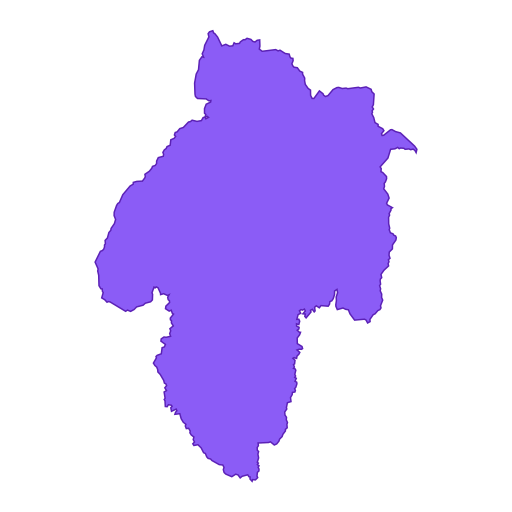 Cachoeira do Sul, Rio Grande do Sul, Brazil (Robinson projection)
{"feature_id": "56859067B94054862444649", "entity_name": "Cachoeira do Sul", "entity_type": "district", "adm_level": 2, "iso_a3": "BRA", "parent_name": "Brazil", "parent_adm1": "Rio Grande do Sul", "projection": "robinson", "projection_center": [-52.981, -30.236], "detail": "fine", "context": "isolated", "style": "filled", "palette": "violet", "viewbox_px": 512, "rotation_deg": 0, "n_neighbors": 0, "source": "geoboundaries", "source_scale": "gbopen_adm2", "svg_char_len": 6047}
<svg xmlns="http://www.w3.org/2000/svg" viewBox="0 0 512 512"><path d="M154.9,365.5L156.7,367.1L157.7,369.6L157.9,372.0L160.2,374.4L163.7,380.4L164.4,383.1L165.9,383.9L166.6,385.6L164.8,387.8L166.5,390.6L164.1,392.0L165.1,398.3L164.2,399.5L165.0,400.8L165.3,406.5L167.2,406.7L168.4,404.7L171.3,405.2L172.1,406.3L170.8,407.8L171.5,411.3L176.2,409.1L176.9,410.8L175.6,412.2L174.9,414.3L179.8,413.7L181.2,418.8L183.4,422.4L185.9,424.3L185.3,426.0L186.3,428.6L188.6,428.3L190.2,431.0L189.9,432.8L191.3,435.0L193.9,437.0L193.2,439.6L194.5,442.0L192.8,443.8L193.9,445.5L197.9,444.7L201.1,447.8L203.6,452.7L205.4,453.5L206.7,456.8L208.1,458.4L210.6,459.0L211.9,460.5L219.2,464.6L222.8,465.0L224.0,467.4L223.3,469.6L224.1,472.5L225.8,474.1L231.8,476.7L235.7,474.2L238.0,474.9L240.2,477.9L242.1,476.3L247.7,474.8L248.9,476.7L250.1,477.0L250.0,479.0L252.1,481.3L252.7,479.6L255.4,479.9L257.7,477.6L257.0,476.0L257.4,472.3L258.9,471.0L259.0,469.1L258.1,467.2L259.0,465.8L257.4,464.6L258.4,463.1L257.3,462.3L258.6,457.9L257.9,454.1L258.6,451.5L257.3,450.2L257.2,447.5L258.4,445.7L258.1,443.0L268.6,442.5L270.4,441.8L274.3,445.0L276.7,443.9L278.9,441.2L279.6,439.1L282.1,436.6L282.9,434.3L285.4,431.0L285.4,429.4L287.2,427.8L286.9,424.2L287.5,422.6L286.3,419.8L286.5,417.3L285.0,415.1L284.7,412.0L286.8,409.0L286.4,407.7L287.4,402.7L291.0,401.6L290.5,397.5L292.2,394.6L292.4,392.4L294.9,392.0L295.4,390.4L294.6,388.7L295.8,387.3L296.9,383.8L296.7,382.2L295.0,381.3L296.3,378.3L294.7,377.4L295.6,376.0L294.8,374.4L295.8,370.2L295.0,368.8L293.5,368.4L294.4,367.0L293.5,364.6L294.6,363.9L295.0,360.3L292.9,358.3L294.0,357.6L296.6,358.4L297.0,356.1L298.9,354.2L299.8,352.4L297.0,350.0L299.2,349.2L301.5,349.3L302.6,348.6L302.0,346.5L297.3,343.6L297.2,338.0L299.6,334.8L300.5,332.3L299.3,332.2L297.2,330.2L298.9,328.9L299.1,327.3L296.6,326.1L296.5,323.8L298.8,324.6L299.7,321.2L298.8,319.2L296.8,319.4L298.1,314.6L300.7,313.3L299.4,310.8L301.0,309.6L302.5,310.1L304.4,309.1L305.3,311.0L302.9,313.8L305.3,314.1L304.8,316.4L306.1,317.9L311.0,312.0L310.5,310.3L312.3,309.3L314.2,311.9L315.1,310.9L314.6,307.3L316.3,305.8L319.3,307.8L321.0,305.6L328.2,306.2L329.5,304.2L329.9,301.6L331.8,300.8L333.2,298.7L334.5,294.6L334.6,291.0L337.0,289.4L337.6,292.7L336.2,297.0L336.4,300.7L335.8,304.7L335.9,306.3L337.3,309.6L343.0,308.0L345.6,309.3L348.4,309.8L350.0,313.9L354.6,320.1L364.5,319.2L366.0,320.0L367.6,323.0L370.1,321.6L369.9,319.4L373.2,314.7L375.1,313.8L377.8,310.6L379.9,309.6L381.0,307.9L380.5,305.8L382.7,300.1L381.6,297.5L381.7,294.1L380.2,290.8L380.6,288.8L379.6,285.6L380.6,284.2L380.1,280.7L380.4,279.0L381.7,277.7L381.0,274.4L383.9,270.3L388.6,265.9L388.1,263.5L389.0,261.8L388.4,259.7L390.0,258.3L389.0,255.2L389.3,252.0L392.4,248.9L392.5,244.9L395.9,240.0L396.3,237.6L395.6,236.0L393.8,235.2L393.0,233.8L390.4,232.8L389.2,229.7L389.7,228.2L388.7,223.9L388.6,217.2L389.6,215.1L389.1,213.7L391.0,210.1L391.0,208.6L392.4,207.7L387.4,204.9L386.6,203.2L389.1,198.1L387.8,194.1L383.7,188.8L384.5,186.4L384.2,183.4L385.4,181.9L386.6,178.7L386.5,176.5L382.7,172.5L381.0,171.7L381.2,168.5L380.1,166.9L387.9,158.1L390.6,149.3L395.0,148.8L397.7,147.4L399.2,148.7L400.5,148.0L403.9,148.3L405.1,149.3L408.9,148.9L410.7,149.7L413.1,149.1L414.9,150.4L416.1,152.6L416.9,149.3L414.6,146.1L400.4,132.9L395.6,131.6L391.9,129.6L390.5,129.8L383.6,135.3L382.1,135.5L381.5,133.7L383.9,130.7L382.7,128.7L378.1,126.3L378.1,124.4L375.0,122.6L373.7,117.5L371.8,113.8L372.5,112.3L372.1,110.8L373.5,109.0L372.2,107.0L373.4,104.7L374.1,94.0L371.8,91.7L371.1,89.3L366.1,86.9L360.4,88.0L358.4,87.3L347.8,88.7L346.1,88.1L342.2,88.5L338.7,87.4L336.9,87.6L333.0,89.6L328.0,95.6L325.4,96.5L323.6,95.2L323.0,93.7L319.4,90.9L313.9,98.5L312.1,98.4L310.6,95.4L310.5,90.1L308.1,88.4L305.3,84.4L304.6,80.8L304.7,78.1L302.6,74.2L302.6,72.4L299.8,71.1L297.3,67.7L294.0,67.2L292.7,65.7L291.9,63.8L293.1,60.7L292.9,58.4L290.9,58.1L289.9,56.7L289.2,54.1L285.2,53.5L280.0,50.2L278.1,50.9L275.7,49.6L262.2,51.3L259.3,49.1L259.9,46.2L259.7,39.9L257.1,40.3L255.0,42.0L252.8,41.4L250.9,39.4L247.0,38.3L245.1,39.7L243.4,39.7L240.3,41.9L239.5,43.4L235.7,43.8L234.1,42.8L232.8,45.8L229.6,46.2L225.8,44.3L221.8,45.9L217.6,37.1L214.9,33.7L213.6,32.9L212.8,30.7L209.5,31.8L208.1,33.7L208.9,36.9L204.7,45.3L203.9,50.0L202.2,53.8L203.6,57.2L201.9,56.8L199.4,60.3L198.5,69.7L196.2,74.1L194.6,83.1L195.0,94.1L195.4,96.3L196.5,97.6L197.6,98.5L206.1,98.9L208.9,100.8L210.9,100.5L210.6,102.1L206.2,104.2L204.5,108.6L204.5,113.2L205.8,114.5L205.1,116.9L203.1,117.6L201.4,120.6L197.0,121.4L192.1,120.2L190.4,121.6L188.5,122.0L183.3,127.5L179.8,128.6L177.1,131.9L175.2,132.5L174.4,135.0L175.6,136.4L174.2,138.3L170.8,139.8L170.2,145.2L167.0,146.6L166.2,148.5L164.3,149.9L162.9,152.4L163.6,154.2L163.3,156.3L158.3,157.6L156.6,161.1L156.6,163.5L155.3,165.4L152.5,166.4L151.8,168.2L149.4,171.2L144.9,174.3L145.3,176.5L144.8,177.9L142.4,181.1L136.7,181.4L133.3,182.4L133.2,184.2L130.1,186.0L122.8,194.7L119.4,202.5L117.8,203.5L116.6,205.4L114.2,212.2L114.1,215.6L115.6,219.4L114.4,223.6L111.1,228.4L110.8,230.3L108.9,232.5L107.4,238.0L105.1,240.4L105.4,243.8L104.5,245.0L104.5,247.0L103.7,249.2L102.3,250.6L100.4,251.3L95.1,262.1L98.1,268.9L97.7,271.0L98.7,275.3L99.0,285.7L100.9,288.8L102.2,288.9L102.4,291.3L103.2,292.6L101.7,297.9L104.7,299.7L107.0,302.2L108.3,301.6L110.0,301.9L125.6,311.3L127.5,310.1L130.6,311.4L134.1,309.5L136.6,306.9L143.1,305.2L145.3,303.2L150.6,301.8L152.4,299.9L152.6,294.3L152.0,292.8L154.0,287.1L155.1,287.9L156.2,286.9L158.0,287.7L160.5,293.2L160.6,294.6L163.6,293.7L167.6,295.5L169.0,294.8L167.7,297.4L168.2,299.7L169.4,300.7L169.6,302.5L165.9,306.1L165.5,308.7L169.2,311.1L171.2,310.2L172.4,313.5L173.5,314.1L170.3,318.1L170.4,319.8L171.5,320.7L171.4,322.9L173.3,325.9L169.9,328.7L170.7,330.8L169.7,333.6L170.6,336.3L166.1,337.3L164.0,337.0L161.2,338.9L160.9,341.1L165.4,344.4L164.4,346.9L162.1,347.7L161.3,353.8L157.2,355.3L156.0,356.5L156.4,357.9L153.4,363.1L154.9,365.5ZM205.1,116.9L207.2,116.3L208.5,117.4L205.8,118.8L205.1,116.9Z" fill="#8b5cf6" stroke="#5b21b6" stroke-width="1.5"/></svg>